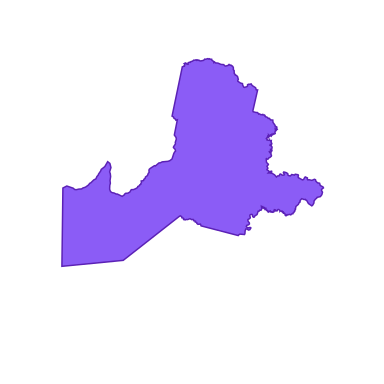 Valparaíso, Caquetá, Colombia (orthographic projection), rotated 120°
{"feature_id": "7082276B64086191085481", "entity_name": "Valparaíso", "entity_type": "district", "adm_level": 2, "iso_a3": "COL", "parent_name": "Colombia", "parent_adm1": "Caquetá", "projection": "orthographic", "projection_center": [-75.73, 1.085], "detail": "fine", "context": "isolated", "style": "filled", "palette": "violet", "viewbox_px": 384, "rotation_deg": 120, "n_neighbors": 0, "source": "geoboundaries", "source_scale": "gbopen_adm2", "svg_char_len": 5995}
<svg xmlns="http://www.w3.org/2000/svg" viewBox="0 0 384 384"><g transform="rotate(120 192 192)"><path d="M91.2,179.9L70.8,186.2L71.4,187.4L69.9,189.1L69.7,193.1L68.8,194.9L69.7,195.6L70.2,196.7L70.9,197.3L71.4,197.5L72.4,196.9L73.3,197.1L75.2,198.9L75.3,199.6L74.0,201.7L73.1,202.2L72.9,202.9L73.4,204.2L73.2,207.7L72.7,208.1L71.3,208.2L69.3,210.2L68.8,211.7L69.1,213.0L68.6,213.4L68.3,214.6L65.7,216.3L65.4,217.4L63.8,218.2L62.9,219.4L62.7,220.3L62.9,220.8L62.6,221.8L63.0,222.0L63.2,222.7L63.0,223.7L64.4,224.1L66.2,225.9L66.3,226.9L65.8,228.2L67.0,230.7L67.4,234.0L68.5,236.3L68.1,237.4L69.0,237.8L68.1,238.5L68.0,240.5L67.2,241.3L68.0,243.0L67.9,243.5L68.5,243.8L68.5,244.9L70.3,246.6L70.5,247.4L72.2,247.8L74.1,249.9L74.5,250.8L74.3,251.4L74.8,252.2L74.6,252.4L74.7,253.0L75.1,253.0L75.3,254.0L75.7,254.0L75.6,254.7L76.4,255.3L76.9,256.4L78.5,257.0L79.7,258.2L80.6,258.3L80.9,259.2L82.2,260.0L82.8,259.8L83.2,259.2L83.5,259.3L83.8,260.7L83.4,261.7L83.6,262.4L84.1,262.4L84.8,262.9L84.9,262.2L86.7,261.5L86.8,262.0L87.3,262.0L88.4,263.0L136.3,247.2L136.3,245.5L137.2,244.4L137.2,242.7L137.9,241.8L136.8,240.8L151.5,235.8L152.8,233.0L154.1,232.0L157.4,231.3L158.6,230.4L162.0,230.6L162.8,230.3L163.5,228.0L164.8,226.7L166.3,227.1L167.9,227.0L173.4,225.8L176.0,226.9L177.4,228.1L180.8,232.9L182.4,233.9L183.4,235.2L187.7,236.7L187.8,237.4L188.2,237.8L192.3,239.9L193.8,240.4L195.0,240.0L196.5,238.9L197.7,239.2L200.0,238.8L202.3,239.8L203.7,239.4L205.0,240.0L206.3,239.7L207.9,241.5L209.0,240.5L210.5,240.5L211.0,240.2L211.8,240.8L213.0,240.8L214.4,241.7L215.3,241.4L217.2,242.4L219.2,243.9L220.1,245.5L220.6,245.8L223.1,245.8L225.0,246.9L226.4,248.9L227.6,249.3L228.3,249.2L230.7,250.3L231.1,255.7L231.7,256.7L231.8,258.9L232.5,260.8L232.5,262.1L232.0,263.3L230.8,264.7L229.3,265.5L227.4,266.5L225.2,267.1L223.1,268.7L219.3,270.2L216.9,272.0L215.8,273.4L211.4,274.4L208.3,277.4L207.9,280.2L213.6,280.2L217.8,281.9L219.4,281.6L223.2,281.9L224.4,281.7L226.1,282.1L228.7,281.8L230.6,283.1L234.6,284.2L235.6,284.9L237.8,285.2L241.1,286.7L243.2,288.6L244.5,289.1L246.1,291.5L247.8,293.3L248.5,294.8L248.1,296.8L249.4,303.4L253.1,305.8L321.4,267.5L285.6,217.4L219.4,190.8L218.4,190.1L218.6,188.5L219.4,187.9L219.0,186.4L219.5,185.5L220.0,185.5L220.0,185.1L219.5,184.5L219.6,184.0L218.5,183.0L218.1,182.0L216.1,180.4L216.1,178.4L215.2,177.4L215.5,176.4L216.0,176.2L215.6,174.5L216.3,174.3L216.1,172.6L216.8,172.1L217.0,170.7L215.6,168.6L216.8,167.2L206.6,130.2L205.7,130.1L204.5,129.4L202.6,125.3L201.7,125.3L199.0,126.6L197.1,126.9L196.6,126.0L196.7,124.0L195.8,123.1L193.9,123.0L193.5,123.3L193.7,124.1L195.0,125.5L195.1,127.0L194.6,127.8L193.5,127.9L192.1,126.6L190.9,126.3L190.1,126.9L189.2,128.9L188.2,129.7L187.7,129.7L186.3,128.8L185.4,128.6L184.7,128.9L183.9,130.0L183.0,130.3L182.0,129.8L181.4,128.8L181.7,128.1L182.9,127.2L183.1,126.1L182.5,125.5L181.3,125.6L179.0,124.4L175.6,125.1L175.2,124.4L173.8,124.2L173.4,123.2L172.6,123.0L171.8,123.3L170.8,123.1L170.5,124.2L169.7,124.7L169.8,124.0L169.3,123.5L169.9,122.6L169.5,122.5L169.4,121.9L170.1,121.5L169.9,121.3L170.4,120.4L169.6,120.6L169.8,120.2L169.3,119.8L170.2,119.1L170.7,118.1L170.3,117.8L170.5,116.7L171.0,116.6L171.3,115.9L170.2,115.3L170.1,114.6L169.5,115.0L169.2,114.8L169.7,113.7L169.3,113.2L169.6,112.9L169.4,112.4L168.9,112.1L169.0,111.7L168.0,111.1L167.8,111.6L166.4,111.8L166.4,111.2L166.0,111.5L165.8,110.9L166.5,109.9L165.6,108.8L165.0,109.1L164.1,108.7L163.8,108.1L164.0,106.8L164.5,106.4L164.2,106.4L164.1,104.5L163.7,104.8L163.5,104.5L164.0,104.1L163.7,103.5L164.0,103.5L164.0,103.1L164.3,103.0L164.1,102.5L164.6,102.1L164.2,101.4L164.5,101.2L164.5,100.5L165.5,99.6L165.3,99.2L165.6,98.8L165.3,98.5L164.8,98.8L164.3,98.5L164.6,98.2L162.7,96.5L162.4,95.0L161.3,94.8L160.3,93.7L159.6,94.0L158.8,93.5L157.9,93.7L157.3,93.4L156.8,93.8L155.5,93.6L155.1,94.2L154.3,94.1L152.6,94.8L149.5,93.7L147.7,93.9L146.5,93.4L146.0,93.9L145.0,94.1L142.9,93.6L142.5,91.2L141.7,90.1L142.1,89.4L141.9,88.6L143.8,85.4L144.1,81.3L143.0,80.9L140.7,80.9L138.7,81.8L136.4,81.5L135.0,80.9L134.1,81.0L131.8,78.5L129.4,78.2L126.9,78.9L126.0,80.5L125.0,81.1L122.7,80.2L122.1,81.1L122.2,84.2L120.6,85.9L121.3,87.9L120.7,90.1L119.6,91.2L119.8,92.4L122.0,94.0L122.8,96.7L123.6,97.8L123.4,98.4L122.1,99.1L122.3,101.4L123.0,101.7L125.4,101.6L126.3,102.4L126.4,107.0L125.9,107.7L124.5,108.1L124.0,108.8L125.0,111.5L126.1,111.7L127.0,114.4L128.8,114.8L129.4,116.1L129.4,117.3L128.2,118.3L128.1,119.9L128.5,121.8L128.9,122.6L129.7,122.5L130.4,120.9L131.4,120.8L132.3,122.2L132.1,123.9L132.3,124.6L132.9,124.8L134.4,124.6L135.3,125.9L136.8,126.4L135.8,129.2L135.9,130.5L135.6,131.6L136.3,133.1L135.8,133.5L134.5,133.2L134.2,133.5L135.0,134.4L136.7,134.4L137.4,135.5L136.4,135.3L135.7,135.6L135.3,136.3L135.3,138.1L135.0,138.4L133.4,138.2L132.2,140.0L130.5,139.6L129.8,139.7L129.1,142.3L126.2,144.3L125.9,144.3L125.9,143.1L125.5,142.6L124.0,142.5L123.1,141.8L121.3,141.2L120.4,141.6L119.9,142.5L118.5,143.2L119.0,144.4L118.3,145.3L117.1,144.3L116.3,144.3L117.0,143.6L116.8,143.4L115.9,143.6L116.1,144.9L115.8,145.3L114.9,144.5L113.9,144.7L113.0,145.2L112.4,146.5L112.6,147.6L112.1,147.5L111.8,147.9L111.2,146.9L110.6,147.0L110.4,147.4L109.9,147.3L109.4,148.3L107.9,149.0L108.5,149.4L108.0,150.9L108.7,151.1L109.7,153.5L109.0,152.9L108.6,154.3L107.5,154.2L106.8,152.9L106.5,154.2L105.3,154.4L105.1,153.5L104.3,154.1L104.6,153.1L105.2,152.9L104.0,152.2L103.2,152.6L103.0,152.4L103.3,151.9L104.0,151.8L104.1,151.3L103.2,151.3L102.1,151.9L101.8,151.4L102.3,151.1L102.2,150.8L101.1,150.3L100.8,150.5L100.7,149.8L99.8,149.2L98.7,150.1L97.2,150.3L96.3,151.0L96.6,150.2L95.7,150.4L95.8,149.9L95.4,150.0L95.2,149.7L94.6,150.9L94.3,150.4L93.3,151.1L93.4,153.0L92.7,153.4L91.2,156.7L89.3,158.0L90.3,160.1L89.5,161.7L90.2,162.8L89.8,163.4L89.7,164.8L90.1,165.8L89.8,166.8L89.2,167.0L89.1,168.0L89.8,169.0L89.4,169.5L90.6,170.8L90.6,172.6L91.2,173.2L90.7,174.0L90.5,175.3L91.1,176.2L91.9,179.2L91.2,179.9Z" fill="#8b5cf6" stroke="#5b21b6" stroke-width="1.5"/></g></svg>